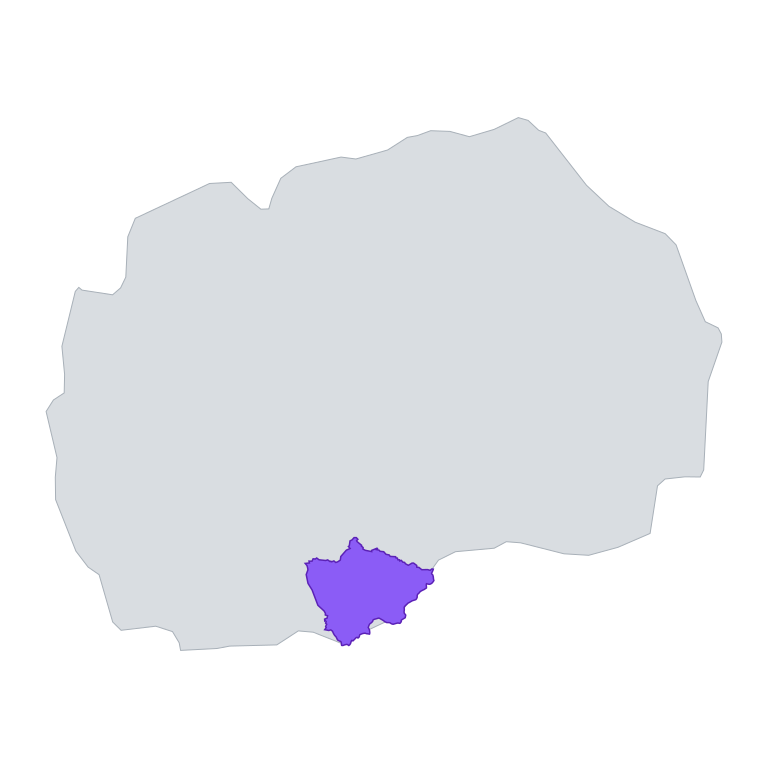 Novatsi, Novaci, North Macedonia shown in context
{"feature_id": "65306769B28760853140319", "entity_name": "Novatsi", "entity_type": "district", "adm_level": 2, "iso_a3": "MKD", "parent_name": "North Macedonia", "parent_adm1": "Novaci", "projection": "albers", "projection_center": [21.684, 41.019], "detail": "fine", "context": "in_parent", "style": "filled", "palette": "violet", "viewbox_px": 768, "rotation_deg": 0, "n_neighbors": 0, "source": "geoboundaries", "source_scale": "gbopen_adm2", "svg_char_len": 4200}
<svg xmlns="http://www.w3.org/2000/svg" viewBox="0 0 768 768"><path d="M341.3,157.1L355.9,159.0L387.6,150.0L407.3,137.4L417.3,135.6L430.7,130.7L449.9,131.4L469.4,136.7L494.1,129.4L518.3,117.6L528.1,120.4L538.7,130.3L545.7,133.0L586.5,185.3L608.9,206.3L635.2,222.2L665.2,233.7L676.1,244.9L695.9,300.6L705.3,321.7L718.1,327.9L721.3,334.0L721.9,342.1L708.2,381.6L703.7,469.9L700.2,477.0L685.1,476.8L665.1,479.0L657.5,485.8L650.1,533.4L618.0,547.3L588.7,555.3L564.0,553.8L520.5,542.8L506.3,541.7L494.2,548.2L455.5,551.7L438.5,560.1L398.6,615.7L358.0,634.8L344.2,644.5L313.2,632.2L298.3,630.9L276.8,644.9L229.7,646.1L216.9,648.5L180.6,650.4L179.2,642.8L172.5,631.6L155.7,626.2L121.1,630.3L112.7,622.0L99.1,574.7L88.1,567.1L75.9,551.1L55.6,499.6L55.3,477.2L57.0,457.6L46.1,411.5L53.4,400.0L64.2,392.9L64.6,374.4L61.9,346.3L75.3,291.4L78.8,287.4L82.0,290.1L112.6,294.8L120.6,287.9L125.8,277.1L127.8,236.8L135.3,218.3L209.5,183.5L231.2,182.3L247.8,198.7L260.9,209.2L268.8,208.9L271.8,198.4L280.8,178.3L296.0,166.8L340.9,157.1L341.3,157.1Z" fill="#d9dde1" stroke="#a8b0b8" stroke-width="1"/><path d="M324.7,629.7L325.3,629.8L326.9,630.1L328.3,630.4L328.9,630.5L329.6,630.2L330.8,629.9L331.1,630.2L332.5,631.2L333.2,632.9L333.8,634.0L334.1,634.6L334.9,635.7L335.2,636.0L335.9,636.6L337.0,638.7L337.3,639.5L337.6,640.0L338.0,640.2L339.4,641.0L340.5,641.4L340.9,641.7L341.1,642.2L341.5,643.8L341.5,644.2L341.4,644.7L341.7,645.4L342.8,645.5L343.5,645.3L344.8,644.8L346.2,644.5L346.5,644.4L347.3,644.5L348.1,645.0L348.6,645.4L348.8,645.5L349.2,645.2L349.8,644.7L350.5,643.6L350.8,642.7L351.2,641.4L351.6,640.5L352.4,640.5L352.9,640.9L354.7,639.2L355.2,638.6L355.5,638.2L356.3,637.6L356.9,637.4L357.2,637.4L357.3,637.5L357.5,637.5L358.0,638.0L358.3,637.8L358.8,637.4L359.2,636.8L359.4,636.2L359.6,635.3L359.8,634.8L360.2,634.5L360.7,634.3L362.8,633.5L365.1,633.2L366.5,633.7L367.5,633.8L369.5,634.1L369.8,633.0L369.7,631.9L369.6,630.7L369.2,629.3L368.6,628.2L368.2,627.5L368.9,625.5L369.5,624.3L369.9,623.8L371.3,622.8L372.6,621.5L372.7,621.1L373.0,620.1L373.8,619.5L374.7,619.2L377.6,618.4L378.2,618.2L378.9,618.1L379.5,618.3L382.1,619.8L382.8,620.2L383.3,620.5L383.8,620.8L384.3,621.4L386.8,622.6L388.7,622.6L389.8,622.7L390.7,623.3L391.5,623.8L392.4,624.1L393.4,624.2L396.1,623.4L397.9,623.0L398.5,623.1L399.6,623.3L399.8,623.3L400.1,623.2L400.7,622.5L401.1,621.9L401.3,621.5L401.1,621.1L401.2,620.7L401.4,620.1L402.3,619.5L403.4,618.8L403.7,618.6L404.4,618.2L405.2,617.7L405.7,615.4L405.6,614.8L404.9,614.0L404.3,613.3L404.1,612.1L404.1,611.4L404.1,611.1L404.3,610.2L404.3,608.9L404.1,607.8L404.5,606.6L405.6,605.4L407.8,603.4L408.0,603.1L409.3,602.5L409.8,602.2L412.2,600.8L414.7,600.0L415.7,599.7L416.4,599.0L416.8,598.2L417.2,597.2L417.2,596.6L417.2,595.3L417.8,594.1L418.8,593.3L420.3,591.5L422.6,590.2L423.8,589.7L424.6,589.2L426.4,588.0L426.5,587.1L426.3,585.9L426.3,584.6L426.5,583.7L428.1,584.1L429.4,584.3L430.3,584.1L431.3,583.6L432.1,583.0L432.7,582.3L433.9,580.6L433.5,579.0L433.3,576.9L433.1,576.2L432.9,575.2L432.7,574.9L432.4,574.5L431.8,574.0L431.6,573.4L431.6,573.2L432.4,571.6L433.2,569.7L433.3,569.1L431.7,569.0L430.1,570.3L427.6,569.6L421.8,569.7L418.9,567.4L416.8,567.2L416.7,565.4L413.6,563.1L412.0,563.1L408.3,565.3L405.4,563.7L404.6,562.4L402.7,562.1L401.4,560.4L399.7,560.9L399.5,559.8L397.9,559.8L397.4,558.1L396.0,557.9L395.6,556.7L390.2,556.4L389.1,554.9L386.0,554.3L383.7,551.7L380.1,551.3L379.0,550.1L376.5,549.6L377.4,548.5L377.0,548.2L371.6,550.4L371.7,551.6L365.3,550.3L363.0,549.1L363.1,547.5L361.4,546.1L361.6,545.3L357.1,541.6L356.6,540.7L357.9,539.3L356.3,537.6L354.1,537.6L352.0,539.9L350.0,540.9L349.3,545.8L348.4,546.5L350.1,548.5L346.4,550.1L340.8,556.5L340.3,560.1L337.7,561.8L335.8,562.5L333.9,560.9L331.7,561.8L330.8,561.2L330.1,561.6L327.7,559.9L325.7,560.5L319.1,559.8L316.7,558.0L315.3,559.0L313.1,558.8L312.0,561.2L309.0,561.1L309.4,563.0L305.2,563.4L307.0,565.6L307.7,568.2L307.9,569.9L306.2,574.6L308.0,583.4L312.1,590.0L317.9,605.3L324.1,611.0L325.4,613.3L325.3,615.0L327.6,615.7L327.1,618.1L324.6,619.1L324.7,620.7L325.1,620.3L326.2,621.7L325.6,623.2L326.7,624.2L325.6,626.5L326.2,627.6L324.7,629.7Z" fill="#8b5cf6" stroke="#5b21b6" stroke-width="1.5"/></svg>